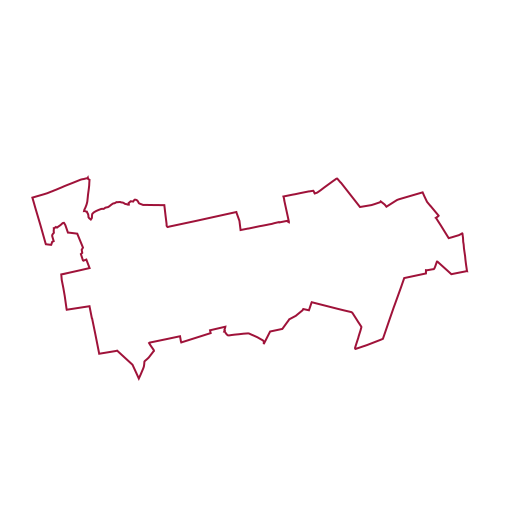 Amzacea, Constanta, Romania (Albers equal-area conic projection), rotated 348°
{"feature_id": "2599482B28238264431370", "entity_name": "Amzacea", "entity_type": "district", "adm_level": 2, "iso_a3": "ROU", "parent_name": "Romania", "parent_adm1": "Constanta", "projection": "albers", "projection_center": [28.34, 43.96], "detail": "fine", "context": "isolated", "style": "outline", "palette": "rose", "viewbox_px": 512, "rotation_deg": 348, "n_neighbors": 0, "source": "geoboundaries", "source_scale": "gbopen_adm2", "svg_char_len": 5364}
<svg xmlns="http://www.w3.org/2000/svg" viewBox="0 0 512 512"><g transform="rotate(348 256 256)"><path d="M361.4,363.7L362.9,363.4L363.4,362.6L366.7,357.1L373.1,346.4L380.1,334.8L381.5,332.6L391.5,316.5L393.6,313.0L396.4,308.4L407.9,308.4L408.0,308.4L418.6,308.4L419.3,305.2L420.3,305.5L425.8,305.7L427.1,305.8L427.5,305.6L428.0,305.1L429.0,303.7L430.4,301.4L431.8,299.1L432.3,299.2L434.1,301.7L436.5,305.0L440.0,309.8L441.8,312.3L443.3,314.4L451.7,314.5L456.6,314.6L459.1,314.6L459.3,314.7L459.3,313.5L459.4,312.3L459.6,309.1L459.8,306.4L460.1,303.0L460.5,299.6L460.6,297.9L461.0,291.8L461.5,288.0L461.6,286.1L461.6,285.4L462.1,282.3L462.3,281.0L462.4,279.1L462.6,277.1L462.5,276.8L462.4,276.7L460.6,277.3L458.8,277.8L453.9,278.2L451.7,278.4L448.2,278.6L445.7,271.7L443.2,264.7L441.3,259.7L440.0,256.2L439.9,256.1L442.7,254.9L442.9,254.6L443.0,254.5L440.0,248.8L437.0,243.1L436.9,243.1L434.6,238.7L434.5,238.4L433.1,232.6L432.2,228.4L409.4,230.1L407.0,230.3L405.4,230.6L404.6,230.9L393.8,234.9L393.0,233.2L392.4,232.2L389.3,228.5L388.5,229.2L382.7,229.9L379.5,230.2L367.9,229.7L354.3,201.9L354.0,201.7L351.8,197.6L351.7,197.4L351.6,197.2L351.3,197.1L350.9,197.1L350.4,197.2L349.6,197.6L348.4,198.1L346.3,199.0L336.9,203.2L334.8,204.2L332.7,205.2L329.1,206.7L327.9,206.9L327.4,206.9L326.9,207.0L326.5,207.1L326.4,206.9L326.5,206.8L326.3,206.3L325.8,204.5L325.6,204.1L321.7,203.9L321.2,203.8L312.8,203.7L307.0,203.7L304.8,203.6L295.3,203.5L295.2,203.5L295.3,204.3L295.3,206.7L295.3,207.3L295.2,207.4L295.3,229.5L295.2,229.8L294.0,228.7L293.6,228.1L285.7,228.0L285.5,227.6L280.5,227.7L278.1,227.9L275.2,227.8L272.9,227.8L268.1,227.7L265.7,227.6L262.6,227.6L259.6,227.6L257.2,227.6L254.3,227.6L254.1,227.5L246.3,227.4L247.1,218.2L245.9,209.3L245.9,208.9L204.5,209.2L204.0,209.2L191.5,209.2L179.0,209.2L177.2,209.2L176.1,209.3L175.6,209.3L175.3,209.0L175.1,208.6L174.9,208.0L174.9,207.6L175.2,206.0L175.9,197.8L176.9,187.2L163.0,184.1L159.2,183.2L156.3,182.6L156.2,182.6L152.7,180.3L152.4,179.9L152.2,179.2L151.9,178.1L151.5,177.3L151.0,176.6L150.9,176.5L149.9,175.9L149.1,175.7L148.2,176.2L147.2,177.2L146.0,176.8L144.8,176.4L143.4,177.2L142.4,177.7L142.3,179.3L141.5,179.2L140.0,178.3L138.9,177.9L138.3,177.4L137.7,176.7L136.9,176.1L135.2,175.5L134.3,174.9L132.7,174.7L131.8,174.6L130.8,174.3L130.1,174.5L129.8,174.7L128.4,175.0L127.5,174.9L126.9,175.0L125.2,175.7L123.0,176.8L121.5,177.4L121.1,177.4L118.7,177.4L117.3,178.1L116.5,178.2L115.5,177.9L114.7,177.8L113.5,177.9L112.5,178.1L111.7,178.2L108.9,178.8L107.0,179.4L106.3,179.7L104.7,180.7L104.3,181.4L103.8,183.1L103.4,184.6L102.8,185.3L102.0,186.0L101.7,185.6L101.3,185.1L100.7,184.4L100.4,183.6L100.2,183.1L100.3,182.6L100.4,181.9L100.5,181.0L100.4,180.4L100.3,179.4L100.0,178.8L99.8,178.0L99.8,177.5L99.4,177.4L98.3,176.7L97.3,176.2L97.2,176.2L97.7,175.1L99.4,172.9L99.8,172.2L100.5,171.2L101.4,169.6L102.3,167.7L102.6,166.8L103.8,163.1L104.4,161.2L105.0,159.5L106.5,155.3L107.5,152.3L108.2,149.6L108.9,147.2L109.0,146.9L108.2,146.1L107.8,145.7L107.8,145.3L107.8,144.4L107.7,144.5L107.0,144.8L105.2,144.8L103.6,144.9L101.9,144.8L100.2,144.9L99.1,145.1L92.3,146.3L85.6,147.4L82.8,147.9L80.0,148.5L77.8,148.9L74.2,149.6L72.3,149.9L70.2,150.3L68.8,150.5L64.8,151.2L61.5,151.5L54.7,152.0L49.4,152.4L49.8,157.8L50.1,162.5L51.5,180.3L51.8,184.6L52.8,200.2L52.9,200.8L57.9,202.5L58.0,202.5L59.6,199.8L61.2,199.4L60.9,195.8L60.8,193.9L61.2,192.9L62.1,192.0L63.0,191.4L63.2,190.9L63.3,189.3L63.6,188.7L63.8,187.9L64.0,186.8L64.3,186.9L64.7,186.8L65.8,186.2L66.3,186.0L66.8,186.6L67.2,186.8L67.5,186.8L68.1,186.4L71.0,185.2L72.3,184.5L73.2,183.9L73.9,183.6L75.0,183.6L75.2,183.9L75.4,184.6L75.9,186.0L75.9,185.9L76.9,194.0L78.6,194.5L83.0,196.0L85.8,197.0L87.7,207.4L88.5,211.8L86.8,213.7L86.7,216.8L85.1,217.7L85.3,219.3L85.8,224.2L86.2,224.7L89.3,224.2L90.0,228.7L90.7,233.2L84.9,233.3L79.1,233.4L69.4,233.5L65.7,233.6L65.8,233.5L61.7,233.5L61.0,239.1L60.9,247.5L60.6,255.3L59.7,268.2L59.7,269.2L82.7,270.5L82.5,282.7L82.7,283.0L82.6,298.1L82.5,305.5L82.3,319.0L90.8,319.4L99.4,319.8L100.5,319.7L106.4,328.0L112.4,336.4L112.6,336.7L114.7,346.0L115.9,351.5L118.5,348.0L120.8,344.7L122.4,342.4L123.3,340.9L124.1,338.8L124.9,336.1L125.3,335.7L126.2,335.2L128.4,334.0L130.0,333.0L136.0,327.9L136.3,327.8L136.4,327.5L136.5,327.2L136.3,326.4L134.1,321.2L133.3,318.9L133.9,318.6L152.2,318.7L161.0,318.7L164.9,318.7L165.0,318.7L164.8,324.3L165.0,324.9L165.0,325.0L195.6,322.0L195.6,319.1L211.3,318.8L211.0,319.5L210.9,319.6L210.2,321.1L209.8,321.5L209.7,322.4L209.3,323.1L209.7,323.1L209.8,323.1L209.7,323.4L210.2,324.7L210.9,326.3L211.8,327.6L212.4,327.9L213.2,328.1L215.5,328.2L219.0,328.5L223.2,329.0L223.3,329.0L227.6,329.4L231.2,329.9L232.4,330.1L233.1,330.4L236.2,332.7L236.3,332.7L240.5,335.8L242.6,337.7L245.0,339.8L245.5,340.4L245.8,341.2L245.7,342.1L245.5,343.0L245.2,343.8L254.1,332.8L261.5,332.8L266.6,332.8L271.7,328.2L274.4,325.8L275.4,324.8L275.5,324.8L282.5,322.8L283.6,322.2L290.2,318.8L291.2,317.7L296.5,320.1L300.6,313.2L300.9,312.8L324.8,324.6L331.2,327.7L337.6,330.7L338.3,331.4L338.6,332.0L339.8,335.2L340.9,338.1L342.5,342.5L342.8,343.1L343.2,344.2L344.3,347.0L344.3,347.4L344.2,347.7L344.0,348.1L342.6,350.8L340.6,354.3L339.3,356.7L339.1,357.2L336.7,361.3L333.8,366.4L333.7,366.9L333.8,367.4L334.0,367.6L346.1,366.2L359.7,364.0L361.4,363.7Z" fill="none" stroke="#9f1239" stroke-width="2"/></g></svg>